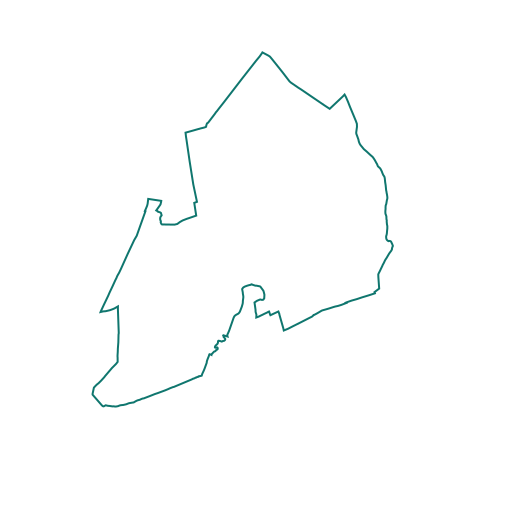 Halchiu, Brasov, Romania, rotated 290°
{"feature_id": "2599482B28757811683034", "entity_name": "Halchiu", "entity_type": "district", "adm_level": 2, "iso_a3": "ROU", "parent_name": "Romania", "parent_adm1": "Brasov", "projection": "robinson", "projection_center": [25.516, 45.765], "detail": "fine", "context": "isolated", "style": "outline", "palette": "teal", "viewbox_px": 512, "rotation_deg": 290, "n_neighbors": 0, "source": "geoboundaries", "source_scale": "gbopen_adm2", "svg_char_len": 6093}
<svg xmlns="http://www.w3.org/2000/svg" viewBox="0 0 512 512"><g transform="rotate(290 256 256)"><path d="M311.9,381.2L312.4,381.1L313.7,380.0L314.8,378.9L315.5,378.2L315.9,377.5L315.9,376.7L315.8,376.3L315.7,376.0L315.5,375.7L315.3,375.5L315.3,375.1L315.5,374.4L315.9,373.5L316.4,372.9L316.9,372.5L318.1,371.9L318.9,371.6L319.7,371.5L320.5,371.5L322.2,371.2L323.6,370.8L326.7,370.0L328.7,369.3L329.1,369.1L329.5,368.9L330.4,368.3L332.9,367.1L334.1,366.7L334.4,366.6L334.9,366.2L335.2,366.0L337.2,365.2L337.9,364.9L339.2,363.9L339.7,363.4L340.6,362.9L342.4,362.2L344.7,361.6L346.0,361.1L347.8,360.6L348.2,360.6L349.5,360.6L350.0,360.5L353.2,359.9L354.7,359.8L356.0,359.4L357.2,358.8L359.0,357.8L359.9,357.2L360.9,356.7L362.3,355.8L366.9,353.6L369.6,352.1L371.3,351.3L373.1,350.4L374.2,349.7L374.7,349.2L375.1,348.6L375.7,347.8L375.9,347.6L377.4,346.2L378.5,345.3L379.8,343.9L380.6,343.0L381.0,342.3L381.6,340.8L382.0,339.9L382.6,339.3L383.7,338.4L384.4,337.5L386.7,334.9L388.0,333.2L389.0,331.7L390.1,328.8L392.0,324.3L393.3,320.8L395.9,316.4L396.9,315.1L398.1,314.0L399.0,313.3L400.0,312.7L400.6,312.3L404.1,309.4L404.6,308.9L405.5,308.3L406.1,308.0L406.9,307.8L411.9,306.7L414.7,305.6L417.0,303.7L421.8,299.3L428.3,293.3L432.5,289.6L434.8,287.4L436.1,286.2L438.0,284.0L435.6,283.0L419.5,274.9L421.1,268.2L428.0,241.1L428.6,238.3L430.2,232.1L430.9,229.4L431.6,227.7L437.9,217.8L445.9,204.7L447.5,202.0L448.2,200.7L448.6,198.8L449.5,192.4L448.9,192.3L444.8,191.2L439.2,189.2L418.1,182.3L389.7,173.3L381.5,170.6L378.9,169.8L376.9,169.0L376.4,169.0L365.8,165.7L364.7,165.3L364.2,164.8L363.8,164.6L362.5,164.6L361.2,164.7L360.4,164.9L359.9,164.5L358.8,163.1L356.6,159.8L356.2,159.4L355.8,158.7L352.6,154.3L347.8,147.6L344.2,149.4L341.5,150.9L322.0,161.4L301.8,172.6L286.7,182.0L284.8,179.8L273.5,186.0L268.8,180.2L267.3,178.3L264.3,174.9L261.8,172.8L259.2,171.1L257.6,168.7L253.5,156.9L253.9,155.9L255.1,154.9L255.9,154.8L256.2,154.7L256.7,154.1L257.4,153.6L257.8,153.4L258.8,153.0L259.5,152.9L259.9,152.9L260.6,153.0L261.8,153.4L262.0,153.4L263.7,152.1L263.9,152.0L264.2,151.2L264.1,148.7L264.2,148.4L264.5,148.1L264.7,146.7L269.4,148.0L271.3,148.5L271.9,148.6L273.7,148.4L274.1,148.4L275.4,148.1L272.8,135.2L268.0,136.3L266.0,136.5L263.2,136.4L260.2,136.2L260.2,136.8L243.8,136.9L234.2,137.0L229.3,136.1L213.9,134.7L197.7,133.5L193.5,133.1L190.1,132.5L188.6,132.4L187.7,132.4L185.3,132.1L179.0,131.6L171.5,130.9L168.0,130.7L157.9,129.7L150.9,129.1L150.2,129.1L151.0,130.3L151.7,131.4L152.7,133.6L154.8,136.8L155.3,137.5L157.0,139.5L158.1,140.7L159.0,141.5L160.6,142.8L161.4,143.5L159.1,144.3L136.6,153.4L135.1,153.7L127.7,156.2L121.6,157.9L118.6,158.9L115.5,159.8L114.3,160.2L113.2,160.7L109.2,162.2L107.3,161.6L106.5,161.3L101.6,159.0L91.4,155.2L90.3,154.9L85.9,153.1L82.5,151.5L81.1,150.6L79.5,149.8L77.8,149.1L76.9,148.7L70.4,149.6L69.8,149.9L62.9,162.3L62.5,163.4L62.5,163.7L62.5,163.9L62.7,164.4L64.3,165.8L64.6,168.3L64.9,169.2L65.6,172.6L66.1,173.7L66.2,174.5L66.6,175.8L67.0,176.5L67.3,177.0L67.7,177.7L68.9,179.0L69.5,179.9L70.2,181.3L70.6,182.2L71.7,183.9L72.3,184.8L74.0,186.7L74.6,187.6L76.3,190.6L76.5,191.1L78.0,192.3L78.9,193.1L79.7,193.9L80.3,194.7L81.1,195.9L82.4,197.2L83.2,198.1L83.7,199.0L84.0,199.5L84.5,200.0L87.6,203.6L91.7,208.2L93.6,210.6L98.7,216.6L100.9,219.0L102.2,220.3L102.9,221.1L104.4,222.8L104.8,223.5L118.2,238.0L119.0,238.6L119.4,239.3L119.8,239.6L120.0,240.0L121.2,241.0L121.3,241.4L121.8,241.7L122.2,242.3L122.7,243.0L123.0,243.0L123.3,243.3L123.2,243.4L123.4,243.7L123.6,243.9L123.8,244.2L124.0,244.4L124.3,245.0L125.0,245.9L126.8,245.8L130.2,246.1L132.6,246.2L138.8,246.2L139.9,245.9L141.0,245.8L143.0,245.8L145.8,245.9L147.6,245.8L147.8,245.9L147.9,246.7L147.8,247.9L148.1,247.8L148.6,247.9L148.9,248.0L149.2,248.3L149.5,248.4L150.1,248.5L150.8,248.9L151.6,249.2L151.9,249.4L152.3,249.9L152.5,250.2L153.0,250.5L153.7,250.6L154.0,250.8L154.5,251.3L155.0,251.6L155.6,251.8L155.8,251.7L156.4,251.5L156.8,250.9L156.5,250.2L156.2,249.8L155.9,249.1L156.0,248.9L156.2,248.6L156.7,248.5L156.9,248.5L157.7,248.6L158.1,248.7L159.1,249.3L159.7,249.5L160.1,249.8L161.0,249.9L161.4,249.9L162.9,249.5L163.1,249.5L163.5,249.7L163.6,249.9L163.7,250.2L163.7,250.7L163.7,251.1L163.9,251.8L163.9,252.1L163.8,252.6L163.8,252.9L164.0,253.3L164.6,253.8L164.8,254.0L165.3,254.9L165.7,255.2L166.2,255.5L166.6,255.6L167.2,255.6L167.7,255.3L168.0,254.8L168.3,254.4L168.6,253.8L168.7,253.5L168.8,253.3L169.6,253.0L169.7,252.9L169.9,252.6L170.3,251.7L170.6,256.8L171.3,256.3L172.2,256.0L174.7,256.2L176.9,256.3L190.2,256.1L191.3,256.2L192.3,256.4L193.2,256.9L193.9,257.4L195.8,259.1L196.7,259.5L197.7,259.8L198.6,259.9L203.4,260.0L206.4,259.8L207.5,259.6L209.4,259.0L212.6,258.3L213.9,257.8L216.2,256.5L217.3,256.0L219.8,254.5L220.2,254.3L220.7,254.4L221.5,254.6L222.2,254.9L223.5,256.0L225.1,257.9L226.2,259.4L227.2,261.0L227.8,261.3L227.9,261.9L227.8,262.7L227.9,265.5L228.3,266.7L228.6,268.8L228.8,270.0L228.7,270.5L228.5,270.9L225.9,274.8L224.7,275.7L222.6,277.1L221.7,277.4L219.0,278.2L217.5,277.8L217.1,277.3L216.7,276.3L216.6,274.9L216.5,274.7L214.3,272.3L211.8,270.5L208.8,272.1L207.1,273.0L205.2,274.0L203.9,274.5L203.1,274.9L201.9,275.8L200.9,276.5L198.3,277.3L200.0,279.3L201.3,280.5L202.9,282.1L204.5,283.6L206.5,285.6L208.0,286.9L208.3,287.3L206.0,289.1L205.3,289.8L211.5,296.0L209.6,297.7L208.7,298.2L204.0,301.6L197.4,306.4L195.5,307.6L198.7,311.1L202.8,314.9L208.6,320.4L215.7,327.0L217.9,329.1L218.7,329.7L220.2,330.3L220.2,330.5L220.3,330.6L222.5,332.6L225.0,334.7L227.1,336.4L227.7,337.1L230.0,340.3L232.0,343.0L234.5,346.2L235.6,347.7L237.1,350.1L239.3,353.0L242.7,356.9L242.9,356.4L243.3,356.8L243.7,357.3L246.8,361.1L248.6,363.6L249.9,365.4L253.4,369.8L255.2,372.2L257.6,375.4L259.0,377.2L261.6,380.5L262.6,379.7L267.5,382.9L278.0,378.2L280.5,377.2L281.4,377.2L283.1,377.4L284.7,377.6L286.0,377.7L289.9,378.1L290.7,378.1L293.3,378.5L295.7,378.7L297.0,378.9L298.5,379.3L300.6,379.7L301.2,379.8L303.9,380.3L306.6,381.1L307.2,381.3L308.1,381.4L308.6,381.5L309.1,381.3L309.8,381.2L310.8,381.1L311.9,381.2Z" fill="none" stroke="#0f766e" stroke-width="2"/></g></svg>